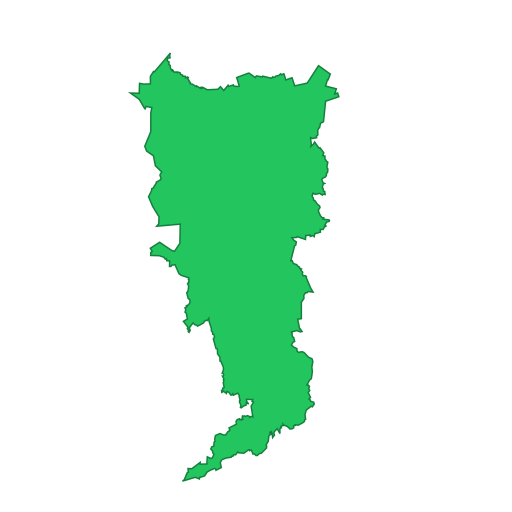 Sombrerete, Zacatecas, Mexico, rotated 352°
{"feature_id": "50627088B37506773175318", "entity_name": "Sombrerete", "entity_type": "district", "adm_level": 2, "iso_a3": "MEX", "parent_name": "Mexico", "parent_adm1": "Zacatecas", "projection": "robinson", "projection_center": [-103.603, 23.575], "detail": "fine", "context": "isolated", "style": "filled", "palette": "green", "viewbox_px": 512, "rotation_deg": 352, "n_neighbors": 0, "source": "geoboundaries", "source_scale": "gbopen_adm2", "svg_char_len": 6082}
<svg xmlns="http://www.w3.org/2000/svg" viewBox="0 0 512 512"><g transform="rotate(352 256 256)"><path d="M165.4,203.7L164.2,210.6L161.8,212.7L185.4,213.9L182.4,232.8L176.0,240.0L173.2,238.7L162.5,229.0L152.4,233.6L153.8,237.1L152.3,237.9L151.8,240.8L160.4,242.3L164.6,244.4L165.7,246.5L167.0,246.2L167.0,248.3L169.8,248.9L168.9,254.3L170.3,254.5L171.6,253.3L174.6,253.4L177.3,262.9L179.2,264.7L186.5,268.3L185.8,269.9L186.5,270.4L185.4,272.6L185.7,273.1L184.4,273.8L185.1,276.5L183.9,281.1L182.3,282.7L182.9,288.5L184.5,290.4L184.1,292.9L182.4,294.9L180.1,295.6L180.6,296.7L178.4,297.5L179.0,299.4L177.9,301.7L179.0,303.0L179.3,308.8L175.0,310.6L178.5,316.7L178.6,317.4L177.9,318.1L178.7,320.0L178.4,321.5L179.1,322.3L180.5,320.4L180.0,318.5L180.6,317.2L184.4,313.5L186.0,315.7L187.2,316.0L188.4,317.3L194.8,315.0L195.6,313.7L197.5,312.7L198.6,313.2L200.6,311.1L200.4,314.2L201.7,321.2L201.4,323.9L202.2,325.1L202.3,327.4L202.9,327.3L203.4,328.2L203.6,330.6L202.2,332.1L203.5,342.1L204.8,342.6L204.3,347.6L206.2,351.1L205.7,355.0L206.6,355.5L208.2,361.5L208.0,363.9L206.3,367.3L206.8,367.3L207.5,369.2L206.7,370.6L206.1,370.4L207.1,373.4L206.6,373.8L206.5,376.2L205.9,376.9L206.2,381.7L204.8,382.2L204.2,384.0L203.2,384.3L203.2,386.3L205.1,385.5L207.6,388.0L208.4,385.5L208.6,386.5L210.0,387.0L211.7,390.2L212.8,390.3L213.8,389.2L214.3,390.7L218.8,389.3L220.1,391.7L219.7,392.7L220.2,396.7L219.7,396.7L219.3,398.3L220.3,401.9L219.5,403.8L220.2,404.3L223.2,402.7L225.3,402.4L226.0,400.1L228.1,401.5L226.6,398.8L226.5,396.6L232.8,397.7L231.8,399.3L233.2,400.3L230.3,404.0L230.5,415.0L229.0,414.2L227.3,414.9L227.3,414.1L225.4,412.9L223.3,413.4L221.9,412.6L220.8,413.3L220.3,412.7L219.7,414.7L220.3,415.7L218.7,416.4L218.2,415.6L217.2,415.9L216.9,414.9L214.7,415.4L213.2,417.0L213.2,419.8L205.4,422.5L205.8,425.1L203.5,426.2L201.2,428.9L199.0,428.7L195.6,426.8L190.9,428.1L189.6,431.6L189.6,433.8L188.6,434.5L187.7,438.4L185.7,438.8L184.3,440.8L185.7,442.7L185.8,444.8L186.7,446.5L184.9,449.6L183.3,450.3L179.8,448.1L178.4,455.1L171.7,454.4L172.0,452.6L162.9,457.7L159.1,457.0L158.9,460.6L157.6,461.2L153.9,467.5L151.9,468.7L165.0,466.7L168.9,468.9L169.2,467.5L174.4,466.7L177.6,463.1L180.9,461.8L185.4,460.6L186.7,461.8L186.6,462.6L192.2,460.6L191.9,455.5L193.9,452.9L198.4,451.9L203.5,451.8L204.4,450.7L205.3,451.1L206.2,449.7L208.2,450.0L210.8,447.4L211.4,448.5L216.6,449.6L221.8,446.8L222.6,447.0L222.6,447.9L224.4,447.6L225.4,451.7L226.8,451.7L228.2,453.6L229.6,453.7L231.8,452.1L233.8,452.1L239.7,447.6L240.1,445.3L239.7,444.5L242.4,441.1L243.8,435.6L246.5,434.4L246.2,433.3L245.2,433.4L245.2,432.5L246.5,431.9L247.2,434.0L247.2,438.1L249.4,435.9L249.0,434.0L249.7,432.5L252.9,430.0L255.0,435.2L255.5,431.0L256.6,429.2L257.2,429.5L257.3,427.8L259.0,427.8L259.3,426.2L260.0,427.4L263.3,429.1L265.6,432.1L267.9,432.1L269.4,431.4L269.6,429.5L271.4,429.2L271.4,428.6L274.3,429.4L279.0,427.7L280.8,426.7L281.8,424.5L282.4,424.5L282.5,419.7L284.4,415.5L289.7,412.5L290.8,413.2L293.1,410.7L292.8,408.8L289.8,407.4L289.7,406.1L288.5,405.0L290.3,403.7L288.7,398.4L290.5,396.7L289.8,394.6L290.8,392.5L289.6,390.9L288.5,390.8L291.8,386.3L293.6,385.3L294.3,383.3L295.8,378.0L295.8,373.9L297.6,368.4L297.2,365.6L293.9,363.5L290.2,358.3L288.4,357.2L284.6,357.3L283.4,356.0L283.6,353.4L280.7,351.5L278.7,349.1L280.5,346.7L282.4,346.0L282.0,341.9L281.2,341.5L280.7,339.9L281.0,337.6L280.5,336.2L285.9,335.5L289.2,337.3L291.1,337.2L289.7,334.4L289.1,334.4L288.5,324.4L292.2,324.4L294.5,308.1L297.6,304.7L297.8,301.7L299.8,299.3L301.5,299.5L302.6,298.4L307.5,299.7L305.8,295.7L302.7,284.4L303.1,283.6L302.2,282.4L300.0,282.2L299.4,280.1L300.0,278.6L298.3,275.8L299.2,275.2L297.5,274.2L297.5,273.0L296.3,272.3L295.1,270.2L292.0,268.7L291.1,265.6L289.8,265.6L295.6,251.4L296.9,250.7L297.9,247.6L295.6,245.6L294.1,242.9L298.7,243.3L299.6,242.6L307.3,246.5L308.1,242.7L312.7,242.8L312.5,244.2L315.3,243.7L316.3,244.9L317.3,242.1L323.1,241.4L323.3,238.6L326.1,239.1L328.3,236.0L328.8,236.5L329.5,236.1L328.6,234.9L330.7,232.2L333.3,231.9L333.7,231.2L333.4,230.4L327.6,228.9L328.4,227.6L326.9,227.3L325.4,225.1L324.1,220.6L324.3,219.0L326.1,217.0L326.0,215.4L323.8,213.0L322.1,209.5L320.7,208.5L320.9,206.9L319.9,204.7L320.4,203.0L321.4,202.4L320.8,201.3L323.4,203.2L327.7,202.8L330.2,204.9L331.2,204.1L333.0,204.7L333.0,201.6L331.8,201.0L331.9,198.7L331.2,197.3L332.5,194.1L334.0,193.7L332.6,192.8L331.8,189.9L332.4,188.5L335.7,187.4L336.9,186.1L337.2,184.2L338.5,183.2L339.3,179.9L338.6,178.7L338.8,177.0L340.2,173.1L339.0,171.9L337.8,169.2L338.2,166.6L336.0,165.9L337.5,163.2L334.4,157.7L333.4,157.9L329.9,151.3L328.2,153.5L325.6,155.1L326.3,153.6L326.4,146.7L326.6,146.3L328.1,147.5L332.5,147.3L332.5,145.8L334.1,144.7L334.6,140.2L335.9,138.0L336.7,138.0L338.4,133.5L341.5,132.5L346.5,112.4L360.2,109.8L359.5,105.9L356.6,106.5L358.8,101.6L348.5,97.4L351.3,91.4L351.9,91.6L354.9,86.2L344.4,76.2L330.8,91.9L318.0,92.9L316.5,84.5L310.0,85.8L309.1,79.7L308.6,79.4L306.7,80.2L305.7,79.0L303.7,80.4L300.3,80.7L299.7,81.5L297.8,81.6L297.6,80.9L296.0,82.1L287.6,78.8L287.0,79.5L281.4,77.7L280.1,79.2L274.7,74.0L273.8,73.9L261.7,76.6L263.1,85.4L261.4,85.6L257.6,84.6L257.4,83.4L252.4,84.3L252.1,83.0L247.1,87.6L244.4,83.4L241.4,85.6L230.9,84.6L226.8,81.6L226.4,82.2L225.6,81.5L225.3,82.1L224.4,81.4L224.1,82.1L220.8,79.3L220.4,79.9L216.8,76.9L214.8,76.4L215.2,75.0L214.1,74.1L214.2,73.0L213.0,71.0L213.9,70.1L213.2,69.2L211.0,69.8L211.0,68.2L208.5,67.8L208.5,66.7L206.4,65.3L206.4,64.1L204.3,62.9L203.6,63.5L202.7,62.6L200.7,62.7L199.5,60.5L198.8,60.9L198.9,59.9L198.1,59.8L197.5,58.2L197.5,55.3L196.3,54.1L197.0,51.9L195.1,50.1L196.3,47.9L198.5,47.8L198.4,45.4L199.5,43.1L181.0,59.5L180.2,59.0L176.4,63.4L175.4,70.9L168.6,70.1L164.7,68.8L163.0,78.6L154.3,77.1L162.2,84.6L166.3,94.6L166.7,94.9L168.0,92.6L173.5,94.5L171.8,99.4L169.1,118.2L161.1,131.9L162.3,136.9L168.4,142.5L168.9,152.6L174.3,159.6L172.1,162.5L172.8,166.2L171.7,167.4L167.5,169.0L167.4,170.0L164.5,173.2L164.3,174.1L162.1,174.9L161.8,176.6L157.8,182.4L160.6,192.6L165.4,203.7Z" fill="#22c55e" stroke="#15803d" stroke-width="1.5"/></g></svg>